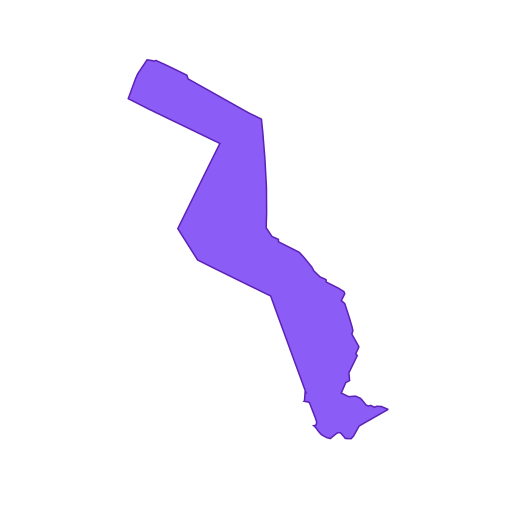 Gurbansoltan Eye, Tashauz, Turkmenistan (Albers equal-area conic projection), rotated 116°
{"feature_id": "10190150B88624562206856", "entity_name": "Gurbansoltan Eye", "entity_type": "district", "adm_level": 2, "iso_a3": "TKM", "parent_name": "Turkmenistan", "parent_adm1": "Tashauz", "projection": "albers", "projection_center": [59.229, 41.168], "detail": "fine", "context": "isolated", "style": "filled", "palette": "violet", "viewbox_px": 512, "rotation_deg": 116, "n_neighbors": 0, "source": "geoboundaries", "source_scale": "gbopen_adm2", "svg_char_len": 1774}
<svg xmlns="http://www.w3.org/2000/svg" viewBox="0 0 512 512"><g transform="rotate(116 256 256)"><path d="M335.9,69.8L336.3,77.3L338.0,81.4L339.9,83.3L340.0,83.3L340.0,84.9L340.0,86.3L340.0,87.5L340.5,88.0L341.5,89.1L341.5,89.5L341.7,91.0L341.7,91.7L340.6,94.0L339.0,97.5L338.1,99.7L338.3,105.1L340.4,108.7L341.8,111.1L341.8,114.0L341.8,119.2L341.8,119.3L330.4,119.8L326.9,117.3L324.1,118.9L320.3,121.3L319.8,121.3L317.5,121.3L310.9,121.3L305.8,121.3L301.1,121.3L300.2,123.4L300.2,123.5L293.8,123.5L292.4,123.8L284.2,135.6L282.8,135.8L280.6,136.2L280.1,136.6L277.6,138.6L270.9,144.7L259.9,155.3L259.4,156.8L258.7,159.8L255.9,159.7L251.0,159.7L249.5,161.3L248.8,167.5L248.6,181.4L246.6,182.6L246.5,183.1L246.7,189.6L246.4,190.2L244.1,197.3L241.4,201.1L236.1,212.6L233.7,218.7L233.4,242.0L232.5,242.4L231.2,243.2L231.4,248.4L231.5,250.1L226.2,259.2L225.8,259.4L212.7,265.3L189.9,276.6L164.2,290.9L142.7,303.6L130.6,311.1L130.6,324.6L130.6,325.2L126.6,394.7L126.4,394.9L123.8,397.4L123.8,418.5L124.1,431.7L125.7,433.1L125.7,434.4L127.4,439.9L144.1,442.2L149.5,442.0L170.6,439.8L171.0,416.8L170.7,337.8L171.4,337.8L197.2,338.0L265.7,338.3L285.2,306.7L285.4,288.1L285.5,247.1L285.5,225.8L285.5,225.3L295.3,215.2L295.9,214.6L309.2,200.8L340.1,168.7L346.8,161.7L350.0,158.4L355.0,153.2L356.9,151.2L356.9,152.2L357.8,151.8L361.6,150.3L364.9,149.0L365.5,149.2L364.2,144.2L365.4,142.6L375.3,131.9L379.0,128.4L381.8,128.0L382.7,129.1L383.2,129.8L383.9,127.3L385.8,123.9L387.1,121.0L387.9,118.9L388.1,116.2L388.2,112.6L387.5,109.1L384.9,108.0L380.6,106.0L378.8,104.9L377.9,102.6L379.4,98.7L380.8,95.8L380.3,94.3L378.5,90.4L375.1,89.4L370.0,89.1L363.7,88.8L358.1,85.1L350.2,79.7L342.4,74.4L336.3,70.2L336.0,70.0L335.9,69.8Z" fill="#8b5cf6" stroke="#5b21b6" stroke-width="1.5"/></g></svg>